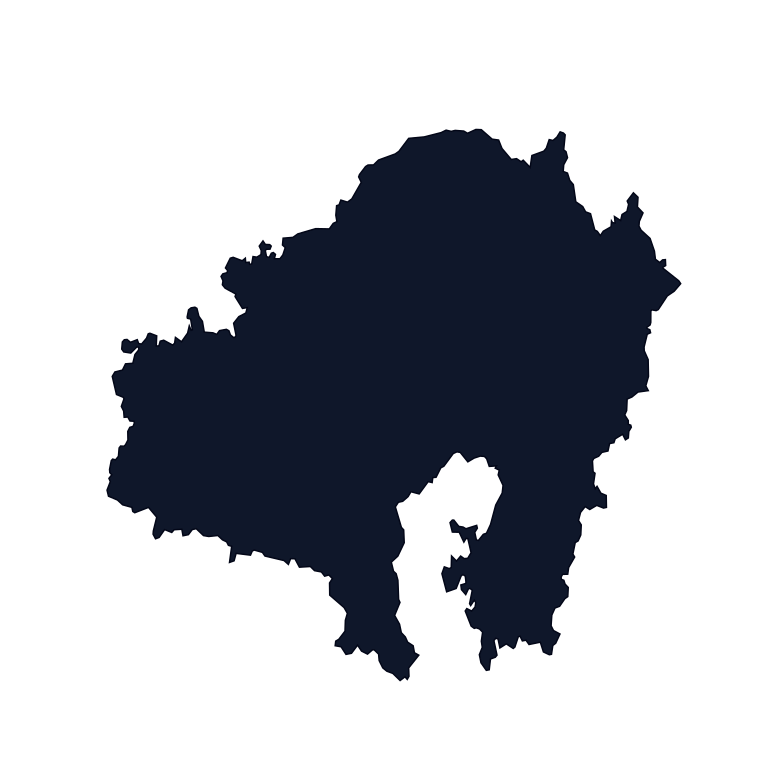 the Republic of Bashkortostan, rotated 103°
{"feature_id": "RUS-2378", "entity_name": "Bashkortostan", "entity_type": "Republic", "adm_level": 1, "iso_a3": "RUS", "parent_name": "Russia", "parent_adm1": "", "projection": "robinson", "projection_center": [56.933, 54.055], "detail": "fine", "context": "isolated", "style": "filled", "palette": "ink", "viewbox_px": 768, "rotation_deg": 103, "n_neighbors": 0, "source": "natural_earth", "source_scale": "10m", "svg_char_len": 6145}
<svg xmlns="http://www.w3.org/2000/svg" viewBox="0 0 768 768"><g transform="rotate(103 384 384)"><path d="M454.2,139.5L455.5,142.2L454.4,149.4L460.0,155.3L458.2,160.4L464.9,163.6L473.2,163.8L476.9,160.1L486.8,158.3L493.3,159.6L495.5,162.0L507.2,161.7L509.7,159.3L521.3,162.8L528.0,162.2L529.3,167.2L532.3,168.0L534.4,167.2L534.8,164.6L538.2,162.6L540.8,158.7L549.8,157.1L552.5,159.5L561.1,162.9L563.8,167.0L571.4,168.5L582.0,166.8L586.1,163.4L588.0,156.3L598.0,158.4L600.8,160.7L609.7,160.0L610.6,162.0L609.2,168.4L600.4,173.6L605.2,184.1L601.7,188.0L603.2,191.4L599.1,194.7L600.0,196.3L610.9,197.3L612.6,198.6L609.7,206.4L615.1,211.7L606.8,215.5L606.6,217.9L609.3,219.2L622.8,212.9L625.2,214.1L628.0,218.4L638.8,217.2L640.0,219.9L633.8,226.8L626.3,230.2L618.5,229.0L612.7,231.3L603.6,232.1L601.2,235.8L600.8,239.3L601.8,241.1L600.3,244.6L586.9,253.8L584.2,252.8L585.5,247.5L580.8,245.1L576.4,245.4L574.3,247.4L580.4,249.7L578.8,251.2L565.1,251.6L563.8,254.3L564.7,255.7L570.8,257.0L566.9,262.3L562.5,263.9L560.0,259.6L558.8,259.5L552.9,261.6L551.9,264.3L553.8,265.7L567.0,267.7L572.4,276.2L555.8,284.9L548.6,284.1L549.2,278.9L547.7,277.2L536.4,279.5L540.2,273.5L534.4,270.6L536.1,266.6L535.0,263.2L528.8,261.2L515.8,267.5L516.0,269.3L520.1,270.6L511.5,277.4L512.9,284.1L504.2,288.5L501.2,286.8L500.9,285.3L505.9,279.1L505.6,274.8L506.6,271.6L500.9,261.9L503.5,260.6L508.1,262.2L515.2,258.9L515.2,256.8L508.1,253.4L506.4,250.6L496.9,248.6L476.8,247.9L463.7,244.3L456.0,245.2L446.9,252.3L442.0,252.3L441.0,256.7L438.5,256.0L440.6,262.9L433.8,267.1L432.0,269.8L432.6,274.0L435.9,279.5L441.0,284.8L433.5,294.3L433.7,297.7L436.2,300.9L450.7,307.2L452.9,309.8L463.2,312.3L464.2,315.4L469.2,314.9L469.2,319.0L483.2,325.0L482.9,333.5L488.3,335.2L494.1,339.4L496.0,343.4L501.2,345.3L519.8,334.8L521.7,332.0L534.1,328.6L548.6,331.8L555.9,336.8L564.3,332.6L566.1,329.5L572.1,326.3L590.6,321.3L593.2,319.3L607.1,321.6L614.6,314.8L622.4,311.2L625.7,306.3L630.2,302.9L632.5,296.7L639.0,293.9L640.4,289.1L655.1,296.1L663.2,293.9L666.6,294.9L664.6,297.7L669.3,301.6L664.0,310.3L663.2,316.6L660.9,321.3L654.6,326.5L648.4,328.5L645.2,333.8L645.6,335.4L650.9,339.3L649.3,345.8L644.4,351.0L653.7,355.1L656.0,360.2L649.7,366.7L650.0,372.7L645.4,373.2L642.9,370.6L633.6,366.4L622.9,368.5L615.7,368.1L610.8,372.6L601.9,389.4L590.1,392.3L585.2,390.5L582.5,394.8L584.6,398.6L581.2,402.7L581.5,409.7L578.4,414.7L581.5,425.2L574.3,431.5L575.2,435.7L581.3,436.6L578.5,441.7L578.4,461.3L575.4,464.6L575.0,473.1L576.4,474.8L580.8,475.6L582.3,490.0L590.0,490.3L592.6,494.4L576.4,495.9L576.2,499.3L573.2,501.8L572.2,506.3L569.0,511.8L572.0,520.5L572.3,525.8L567.2,534.4L569.0,538.1L574.8,540.7L577.1,545.7L571.0,548.3L573.2,555.7L576.4,557.4L575.2,565.0L584.1,568.6L586.2,571.8L582.3,575.2L579.1,575.7L564.9,575.5L557.2,585.7L565.5,597.9L564.7,600.1L560.9,601.9L560.5,611.5L557.0,617.6L555.3,627.2L549.7,630.0L540.7,628.7L537.8,630.8L533.7,628.8L532.1,631.2L529.0,632.2L520.0,632.5L518.2,631.5L518.3,628.5L514.2,626.5L505.9,627.7L503.7,626.7L503.1,623.3L501.3,622.2L496.2,620.9L487.8,623.0L483.4,621.9L481.8,619.0L478.7,618.5L476.5,619.0L477.2,623.2L473.8,626.2L474.9,629.7L468.9,631.6L464.9,634.9L456.9,634.0L455.6,635.1L454.4,642.3L437.7,650.5L432.8,648.9L429.3,642.0L422.5,640.4L420.3,633.4L411.3,633.3L406.2,630.8L403.5,631.1L403.4,633.1L410.8,637.7L411.3,644.8L409.0,647.4L401.9,648.4L399.3,647.0L398.4,644.4L400.4,640.4L396.3,634.4L399.8,632.1L399.6,629.2L392.8,625.7L388.1,625.0L387.2,623.5L388.2,616.3L398.2,614.5L397.5,611.9L392.6,611.7L390.9,608.5L393.6,598.6L391.3,597.2L385.5,597.7L388.4,590.8L378.6,586.8L371.2,586.8L375.1,584.0L374.3,582.9L364.2,587.0L364.2,590.3L363.0,590.9L355.7,591.1L353.2,589.1L351.7,585.5L352.4,583.3L359.7,579.6L363.8,575.0L373.9,570.8L372.6,562.2L373.3,558.1L369.0,556.3L366.2,549.9L367.0,547.1L370.7,544.7L372.6,540.9L372.0,539.8L370.1,539.0L358.6,544.2L351.0,540.6L345.9,534.6L340.3,534.4L342.2,538.9L332.3,548.8L329.7,548.5L326.4,560.3L323.7,563.8L319.7,564.1L315.8,567.0L312.9,565.8L310.8,561.9L308.5,562.0L306.6,564.6L296.0,562.1L294.5,559.5L295.8,549.9L292.6,547.4L296.7,546.1L295.6,542.8L297.6,541.9L296.9,539.9L289.3,540.3L289.0,536.4L285.6,533.0L281.6,533.6L277.7,536.6L271.8,534.1L274.7,531.0L273.9,526.7L275.0,524.9L278.3,525.4L279.1,528.7L280.6,529.7L286.4,527.1L286.4,524.3L281.9,523.2L280.8,521.4L282.1,518.9L286.6,519.0L285.4,513.6L281.0,511.6L273.3,510.9L271.4,514.2L264.6,515.1L261.6,505.7L257.1,501.7L248.0,485.5L245.2,472.2L238.9,469.6L236.4,466.4L230.4,468.9L220.9,470.3L219.6,468.1L214.5,467.4L215.0,460.5L210.9,457.0L192.6,451.5L187.9,455.3L185.4,455.0L176.3,450.9L174.2,448.8L172.9,443.5L167.0,439.7L157.3,424.8L153.9,421.8L139.1,415.2L134.2,400.4L126.2,384.9L122.7,380.6L122.7,375.3L120.9,371.7L119.6,363.2L120.9,359.0L115.3,351.7L114.3,346.4L121.1,333.7L120.5,327.2L128.0,322.0L136.6,310.5L134.6,305.5L136.6,300.4L134.6,298.7L140.1,290.3L128.1,291.3L121.2,280.7L117.7,278.9L108.7,278.0L108.7,274.1L104.6,271.1L98.7,269.1L99.1,265.6L100.5,263.5L115.4,261.6L116.7,258.9L122.2,256.1L129.9,258.2L136.6,257.2L137.2,252.7L143.8,248.8L147.1,244.4L163.3,238.1L166.4,230.3L170.9,226.3L171.6,221.1L186.5,213.3L187.3,210.5L190.8,206.6L185.8,204.7L179.7,198.1L174.0,199.0L175.4,197.6L175.2,195.0L169.0,197.1L171.5,190.2L165.3,190.2L161.2,186.1L153.9,186.1L151.0,188.2L141.6,184.0L144.9,178.5L154.5,176.9L159.0,170.1L168.1,171.8L172.8,171.1L176.3,168.1L182.3,157.5L193.7,150.4L201.4,147.6L203.6,142.6L200.4,140.5L199.5,137.8L205.2,136.2L207.6,138.6L208.5,138.1L217.2,119.9L219.5,117.5L228.3,122.1L234.5,127.8L249.8,133.5L251.3,135.4L251.5,139.7L252.9,140.4L264.0,137.9L266.6,138.0L269.7,140.7L270.8,140.1L271.3,137.2L274.1,135.8L276.3,138.7L289.5,138.9L293.1,137.9L300.8,132.1L317.1,128.0L326.9,128.5L331.0,125.0L334.7,134.7L340.9,139.5L344.0,143.7L355.3,141.6L360.0,142.5L364.6,137.8L368.3,136.9L368.6,134.3L370.5,133.3L375.1,134.8L381.6,133.8L384.1,136.2L379.3,140.2L385.4,146.4L389.5,146.8L391.3,150.8L398.9,150.7L401.6,156.3L406.1,158.6L409.3,162.8L412.0,163.6L422.5,160.5L423.5,158.3L434.2,157.4L438.6,154.6L435.8,153.4L441.6,148.1L442.6,142.4L454.2,139.5Z" fill="#0f172a" stroke="#020617" stroke-width="1.5"/></g></svg>